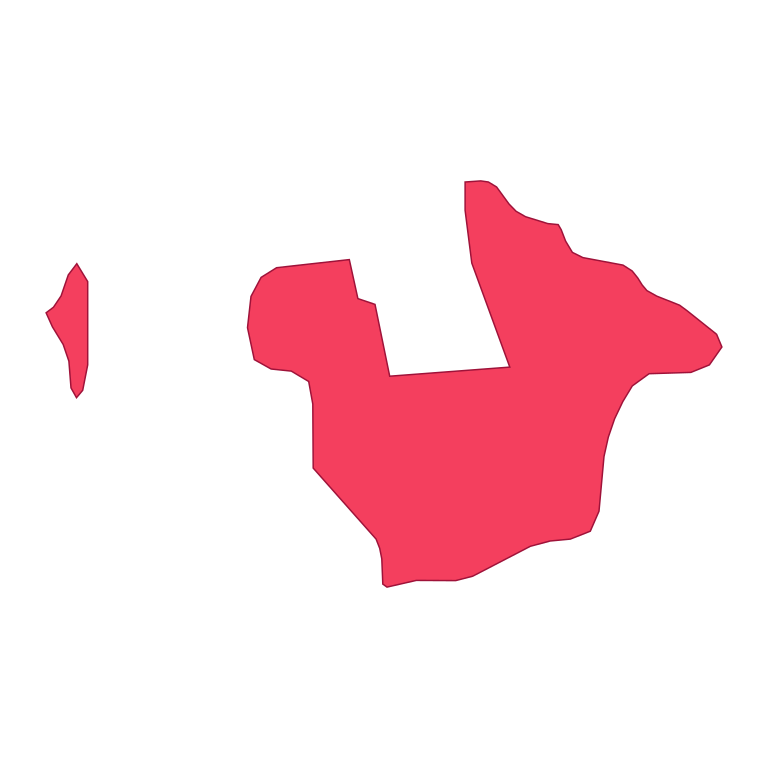 an SVG outline of Basilan
{"feature_id": "PHL-2519", "entity_name": "Basilan", "entity_type": "Province", "adm_level": 1, "iso_a3": "PHL", "parent_name": "Philippines", "parent_adm1": "", "projection": "equal_earth", "projection_center": [121.999, 6.573], "detail": "fine", "context": "isolated", "style": "filled", "palette": "rose", "viewbox_px": 768, "rotation_deg": 0, "n_neighbors": 0, "source": "natural_earth", "source_scale": "10m", "svg_char_len": 1031}
<svg xmlns="http://www.w3.org/2000/svg" viewBox="0 0 768 768"><path d="M465.1,182.0L480.8,180.9L488.4,182.0L496.6,187.0L509.0,204.0L516.1,211.3L525.5,216.7L547.8,223.6L558.2,224.6L561.2,229.7L565.6,241.1L572.4,252.4L582.9,257.6L623.0,265.1L632.2,271.0L637.8,278.0L642.1,284.9L646.9,290.6L656.7,296.1L679.6,305.2L687.3,310.9L716.6,334.3L721.9,347.0L709.4,364.9L690.9,372.4L649.1,373.7L632.3,385.9L622.8,401.6L614.6,418.8L608.3,437.2L604.0,456.5L599.0,511.2L590.3,531.2L570.3,539.1L550.1,541.0L530.3,546.3L472.7,576.2L455.7,580.6L416.3,580.4L387.0,587.1L382.8,584.1L381.8,558.9L379.7,548.3L376.1,539.1L313.2,468.1L312.8,404.1L308.7,381.5L291.3,371.1L271.1,369.0L254.3,359.6L247.5,327.7L251.0,296.4L261.1,277.4L276.6,267.7L349.3,259.6L357.9,298.6L375.0,304.4L389.7,376.2L509.8,367.1L471.8,263.1L465.1,210.3L465.1,182.0ZM87.7,281.6L87.7,364.9L82.7,390.3L76.5,397.7L71.0,387.9L68.9,361.2L63.2,344.5L52.4,326.8L46.1,312.8L53.5,307.2L61.1,295.9L68.3,274.9L76.8,263.7L87.7,281.6Z" fill="#f43f5e" stroke="#9f1239" stroke-width="1.5"/></svg>